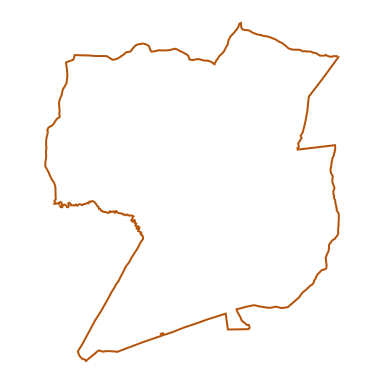 Madarjac, Iasi, Romania
{"feature_id": "2599482B56251778080144", "entity_name": "Madarjac", "entity_type": "district", "adm_level": 2, "iso_a3": "ROU", "parent_name": "Romania", "parent_adm1": "Iasi", "projection": "orthographic", "projection_center": [27.286, 47.051], "detail": "fine", "context": "isolated", "style": "outline", "palette": "amber", "viewbox_px": 384, "rotation_deg": 0, "n_neighbors": 0, "source": "geoboundaries", "source_scale": "gbopen_adm2", "svg_char_len": 5836}
<svg xmlns="http://www.w3.org/2000/svg" viewBox="0 0 384 384"><path d="M338.3,57.3L337.8,57.2L337.1,56.3L336.4,56.1L332.9,56.2L331.8,56.8L329.6,56.6L327.0,55.7L325.7,54.9L324.5,55.6L320.1,55.7L318.3,54.6L317.1,53.7L315.5,53.1L312.8,52.6L311.1,51.6L308.3,51.5L307.0,51.6L305.3,51.1L304.0,51.3L302.5,51.3L300.4,50.0L297.5,49.6L296.4,49.8L292.1,49.5L288.8,48.5L288.4,48.3L286.9,46.9L282.6,43.4L281.6,42.7L279.9,42.2L275.7,39.5L268.5,36.7L262.1,35.6L261.1,35.0L259.6,34.9L256.6,34.2L252.1,32.4L249.5,30.6L248.3,30.3L244.5,29.9L242.9,29.6L242.0,28.8L241.3,27.5L240.8,23.6L240.9,23.0L240.1,23.3L239.5,23.7L238.8,25.1L238.5,26.7L237.0,28.9L233.7,33.2L231.1,35.7L230.1,37.2L228.7,39.9L228.2,41.8L227.8,44.1L227.2,45.4L226.4,46.5L225.2,49.0L224.2,50.9L222.1,53.6L220.1,55.3L218.9,56.6L217.8,58.6L217.1,59.3L216.1,61.0L214.7,63.5L214.6,64.2L213.3,63.5L211.6,62.1L210.8,61.7L208.0,60.7L203.8,60.5L200.6,59.5L198.2,59.1L195.8,59.3L193.7,60.0L189.7,59.6L189.3,59.0L188.4,56.2L188.0,55.6L187.2,54.8L181.8,51.8L179.4,50.8L176.9,49.3L175.3,48.8L174.5,48.8L169.2,50.2L162.8,50.5L158.6,50.2L156.2,51.0L151.6,51.7L151.0,51.1L150.1,49.6L149.6,47.8L148.9,46.0L146.1,44.4L144.0,43.7L141.4,43.7L140.9,44.1L138.7,44.1L136.1,45.2L134.9,46.0L132.4,48.9L131.9,49.8L130.4,51.5L129.7,51.7L126.9,52.1L126.2,52.3L125.3,52.9L124.2,54.2L119.6,57.3L116.7,59.0L112.8,59.8L111.5,59.2L107.5,56.5L106.1,56.1L95.8,56.0L89.0,55.5L74.7,55.1L73.9,58.2L73.2,59.8L66.1,62.3L66.0,62.6L66.9,69.0L67.3,73.7L67.4,75.0L66.8,81.0L66.5,83.0L66.2,83.8L62.9,89.4L62.3,91.6L61.8,94.7L59.6,99.8L59.0,102.7L59.5,109.4L59.6,111.0L59.3,114.2L59.6,115.5L59.6,117.3L57.9,118.0L56.5,119.4L55.4,120.9L53.6,123.9L52.0,125.6L49.0,127.2L47.9,128.4L47.3,130.3L47.7,131.2L47.8,132.0L47.4,134.6L46.9,135.9L46.2,139.9L46.1,144.2L46.4,148.5L46.1,150.3L45.9,152.3L46.1,154.2L46.2,156.3L46.0,158.6L45.5,160.4L45.2,166.1L48.7,172.4L49.7,175.1L52.1,180.0L54.1,182.8L54.9,185.1L55.4,186.9L55.7,199.6L54.9,200.2L54.5,200.8L54.5,201.3L54.9,202.3L54.8,203.0L54.4,203.7L56.9,203.6L58.0,202.9L58.7,203.1L59.0,203.8L59.9,202.2L60.7,202.0L61.6,202.8L61.7,203.4L61.7,205.8L60.5,206.0L60.3,206.4L60.5,207.0L61.4,207.3L62.3,207.2L62.7,205.3L63.6,204.8L64.4,204.6L65.5,205.0L66.2,205.6L67.0,207.2L67.7,207.2L68.5,206.8L68.8,205.5L68.3,203.3L68.8,202.9L69.5,202.8L70.6,203.9L71.1,205.2L72.0,205.5L73.8,205.1L74.8,205.5L75.4,204.9L76.3,204.5L77.2,205.7L79.0,204.4L79.6,204.2L80.7,204.4L82.2,205.2L84.0,204.0L85.3,204.0L87.1,203.0L88.4,203.4L88.8,202.2L89.1,201.8L89.5,201.6L90.5,202.0L90.7,201.5L92.0,201.1L92.7,201.2L93.3,201.3L94.5,202.1L96.4,204.4L96.7,205.2L98.7,207.3L99.0,208.9L99.9,208.9L100.5,209.2L100.7,209.5L100.9,210.5L102.3,211.0L103.4,211.9L104.4,212.1L105.8,211.9L107.2,212.8L107.7,212.9L108.6,212.8L109.7,212.4L109.5,211.6L109.7,211.3L110.1,211.3L111.2,211.9L112.0,211.5L113.0,211.7L113.7,211.4L114.1,211.7L114.7,212.8L114.9,212.7L115.5,211.6L115.8,211.1L116.2,211.0L116.7,211.3L117.4,212.5L117.9,212.8L119.8,213.3L122.0,213.5L123.0,214.5L124.3,214.4L125.2,215.3L127.0,214.5L127.9,214.9L128.3,215.5L130.0,215.4L130.9,215.6L131.8,215.5L132.5,215.7L133.5,216.4L132.3,218.1L132.2,219.1L132.3,219.5L131.3,220.3L132.7,221.6L134.2,220.1L134.6,220.1L134.8,220.5L134.9,221.2L135.0,221.6L134.7,222.9L135.5,223.5L135.9,223.3L136.3,223.6L136.3,223.9L135.6,224.8L135.4,225.4L135.8,226.0L136.6,226.5L137.8,226.2L138.3,226.3L138.6,226.7L138.5,227.2L137.8,227.8L136.7,228.0L136.5,228.4L136.8,228.7L138.1,229.0L139.0,227.5L139.4,227.6L139.5,227.8L138.2,231.2L139.8,231.6L141.2,232.5L141.4,232.9L141.3,233.3L141.0,233.8L140.5,234.0L140.6,234.3L141.7,234.8L142.5,235.6L142.7,236.7L143.1,237.2L142.9,239.2L141.0,241.7L137.3,248.8L131.3,258.0L129.7,261.3L128.8,262.8L126.5,265.5L124.6,269.0L123.1,272.2L120.9,276.2L118.4,281.3L116.3,284.0L114.2,288.0L111.7,291.8L108.0,298.8L101.0,311.2L95.1,320.4L82.0,344.8L80.1,347.7L77.8,351.4L79.1,355.1L79.9,356.4L80.7,357.3L82.4,358.9L84.8,359.5L85.2,359.9L85.9,361.0L95.7,352.9L98.0,350.8L99.6,350.5L101.7,351.4L102.9,351.6L103.8,351.6L104.1,351.3L110.3,351.1L112.2,351.4L114.6,351.4L117.1,351.9L143.6,341.9L161.7,335.7L160.9,333.9L163.1,333.3L163.7,335.0L172.0,332.3L183.9,327.6L196.4,323.4L206.6,319.7L225.7,313.6L227.9,329.5L247.8,329.2L249.4,328.4L249.6,326.9L248.7,324.9L247.0,325.1L245.5,323.6L242.0,320.9L241.2,319.4L240.5,317.4L237.5,312.1L236.5,309.4L244.8,307.1L252.7,305.4L254.9,305.3L258.5,306.2L264.2,307.2L268.7,307.8L271.6,307.6L275.2,306.8L276.2,306.7L280.6,307.9L282.3,308.0L287.0,307.3L288.1,306.9L299.7,296.8L299.8,296.3L300.4,295.3L302.4,292.8L304.6,290.8L306.6,289.3L310.2,285.7L312.4,284.5L314.1,281.7L314.0,281.0L314.0,280.7L315.8,278.2L316.0,277.0L317.9,273.9L319.3,272.7L321.8,270.1L325.2,269.2L325.7,268.9L326.4,268.0L326.6,264.9L326.3,263.2L325.8,258.5L325.6,258.1L325.7,257.5L326.0,257.2L327.0,254.2L328.5,251.3L329.0,247.8L328.9,246.3L329.0,245.3L329.2,244.6L332.4,240.2L334.3,239.2L335.0,238.6L335.8,237.4L336.9,236.2L337.6,235.0L338.2,233.4L338.1,231.7L338.2,228.6L338.6,224.8L338.5,223.0L338.8,220.5L338.8,214.6L338.3,212.8L336.6,210.2L336.6,209.5L336.8,208.8L335.9,204.9L335.5,203.6L335.2,200.4L334.9,199.6L334.1,198.5L334.0,197.7L334.2,196.4L334.1,195.9L333.7,195.2L333.5,194.4L333.6,193.6L333.3,192.5L333.3,191.5L333.8,189.9L334.2,189.4L334.4,188.5L334.2,187.2L332.3,181.7L332.5,177.6L332.8,176.3L331.0,172.9L330.6,170.9L330.6,169.8L330.6,168.8L330.9,167.8L331.3,165.3L331.7,161.6L332.3,159.5L332.3,158.6L332.5,157.8L333.3,156.6L333.6,155.9L333.9,155.0L333.9,153.4L334.6,152.5L334.7,150.9L334.9,150.1L335.1,150.1L335.2,145.9L335.1,145.2L334.0,145.3L297.7,149.6L297.5,148.0L298.8,147.0L298.9,146.7L298.5,145.3L298.2,143.5L298.5,143.2L298.8,142.2L299.6,141.5L300.7,139.2L301.5,138.3L301.3,137.2L300.6,135.9L302.7,132.4L304.2,126.7L305.4,121.6L307.4,110.6L308.6,98.4L309.0,96.4L322.6,78.7L338.3,57.3Z" fill="none" stroke="#b45309" stroke-width="2"/></svg>